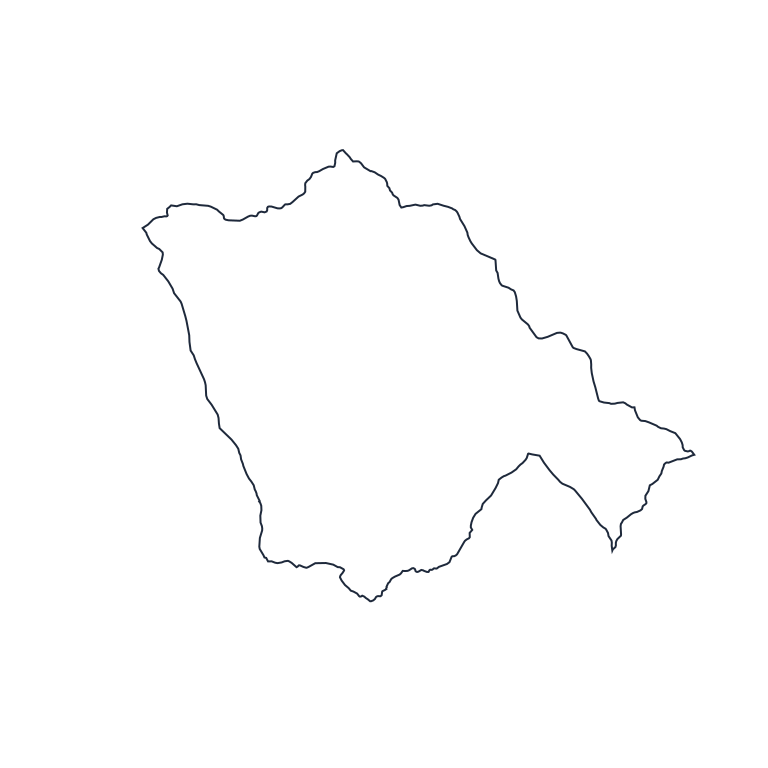 La Merced, Caldas, Colombia (Albers equal-area conic projection), rotated 322°
{"feature_id": "7082276B22025402112041", "entity_name": "La Merced", "entity_type": "district", "adm_level": 2, "iso_a3": "COL", "parent_name": "Colombia", "parent_adm1": "Caldas", "projection": "albers", "projection_center": [-75.549, 5.392], "detail": "fine", "context": "isolated", "style": "outline", "palette": "slate", "viewbox_px": 768, "rotation_deg": 322, "n_neighbors": 0, "source": "geoboundaries", "source_scale": "gbopen_adm2", "svg_char_len": 6166}
<svg xmlns="http://www.w3.org/2000/svg" viewBox="0 0 768 768"><g transform="rotate(322 384 384)"><path d="M584.9,630.8L585.0,626.8L584.5,625.3L584.1,624.9L583.0,624.7L581.9,624.2L580.0,621.9L579.8,620.9L580.4,617.8L581.7,616.0L582.7,613.4L583.4,609.8L583.3,602.1L580.5,597.3L578.7,593.4L577.2,591.5L575.0,589.4L573.6,586.5L573.2,584.7L569.2,577.4L567.1,574.1L564.1,571.3L563.6,570.1L563.5,566.5L565.6,559.2L567.0,556.6L565.0,555.1L562.7,549.7L562.3,547.8L561.2,545.7L556.4,542.7L553.8,541.6L550.7,539.4L549.8,537.8L545.9,534.0L543.2,530.2L543.1,529.4L543.8,527.3L548.5,516.7L550.7,511.0L554.4,503.4L557.2,498.8L559.3,496.2L561.5,492.9L562.0,491.8L562.5,488.4L562.7,485.1L562.4,482.0L557.2,475.0L555.5,472.2L555.4,471.0L557.6,457.9L557.5,457.2L556.1,454.2L554.8,452.3L553.9,451.6L551.7,450.2L542.0,447.6L536.5,445.4L533.9,443.2L533.0,441.0L533.4,429.3L534.0,427.9L534.1,425.7L532.4,418.0L532.4,415.7L534.3,408.3L539.8,400.3L542.0,396.3L543.6,392.2L543.7,390.0L542.4,387.7L541.4,384.8L537.7,379.3L537.5,378.5L537.5,375.9L538.0,373.9L539.0,371.5L541.9,366.4L542.3,363.6L548.2,354.9L548.2,354.3L540.6,340.6L539.6,335.8L539.7,327.2L540.0,324.6L540.9,320.6L541.7,318.1L542.9,316.0L544.6,309.1L545.5,300.8L546.4,298.6L547.4,294.2L547.5,292.8L547.2,290.8L546.1,288.8L545.8,287.6L543.5,283.8L540.7,280.2L537.2,275.0L533.1,272.6L531.5,272.5L529.4,271.4L525.8,267.8L524.4,267.3L522.3,265.9L519.3,262.1L518.4,261.6L513.9,259.4L511.4,257.7L508.0,256.5L506.3,255.6L506.5,252.6L508.9,247.8L509.0,247.0L509.1,245.6L507.6,241.1L507.7,239.7L508.2,238.2L507.9,235.2L508.8,233.0L508.6,229.9L509.9,228.0L510.5,226.6L511.2,223.0L510.9,221.5L509.7,218.2L508.3,215.4L507.0,211.4L505.1,208.4L504.4,208.0L501.7,201.0L501.8,196.0L501.3,193.6L500.9,192.9L499.6,191.7L496.6,189.6L496.4,186.2L496.6,184.1L496.2,179.9L496.0,178.9L495.7,174.5L494.6,173.8L492.4,173.2L488.8,173.1L483.2,177.7L481.7,179.7L479.0,181.9L477.6,181.7L475.7,179.7L474.1,178.6L468.2,177.0L463.9,176.4L461.8,175.8L460.2,174.7L458.2,174.0L457.0,174.1L453.9,175.9L451.4,176.6L448.8,176.5L445.6,177.3L444.3,178.7L443.5,180.0L440.3,184.0L438.3,184.6L436.5,184.6L432.1,183.7L424.0,184.3L421.0,184.3L418.5,183.0L417.2,181.9L416.4,181.6L412.7,182.2L411.4,182.2L410.2,181.6L408.3,180.1L404.6,174.9L402.7,173.3L401.6,172.9L400.3,173.4L399.0,175.1L397.7,175.8L395.6,175.2L393.4,172.6L392.6,172.3L391.2,171.9L390.1,171.9L387.7,173.0L386.8,173.1L385.7,172.5L383.6,170.0L382.1,169.0L380.0,168.4L374.0,167.5L370.9,166.6L362.3,159.3L360.5,157.2L359.9,155.9L360.0,154.8L361.1,153.0L361.4,151.9L360.1,146.3L359.8,143.9L356.7,137.6L355.1,135.3L348.6,129.3L346.7,126.8L344.2,124.9L340.1,120.9L335.8,118.3L330.2,116.4L326.2,112.2L323.7,112.5L321.0,112.5L318.5,115.3L317.3,118.0L316.5,118.2L315.6,117.9L314.3,116.7L311.3,115.3L310.3,114.4L306.7,112.8L303.7,112.2L296.1,113.1L289.8,112.5L289.8,118.5L289.1,120.1L287.6,127.3L287.6,130.3L288.9,137.1L290.0,139.2L290.6,144.0L289.4,145.9L285.4,149.3L278.5,153.7L277.2,154.3L276.3,156.4L276.4,159.4L277.2,162.1L277.2,170.3L276.1,178.7L274.5,183.2L274.5,193.8L273.9,196.2L269.1,208.4L267.2,212.7L263.3,220.3L260.5,225.7L256.6,231.1L252.2,238.6L251.7,244.3L250.3,248.1L249.1,252.4L245.1,269.5L244.0,272.5L242.7,275.2L236.7,283.7L235.5,287.0L235.4,294.2L234.1,305.7L232.7,308.9L229.6,313.5L227.3,317.6L229.6,333.9L229.7,341.2L229.3,345.3L227.5,349.2L227.0,351.9L225.0,355.4L223.6,360.1L222.7,362.0L220.3,370.3L219.4,375.4L219.4,379.1L219.0,383.6L217.2,387.6L216.9,389.4L216.2,391.7L215.3,393.3L214.0,399.7L213.3,399.7L213.2,401.8L212.3,404.4L209.7,408.0L205.5,411.6L201.4,417.2L200.3,420.8L199.1,422.9L197.8,424.4L191.4,428.9L185.6,435.4L184.5,437.5L183.6,444.8L183.0,447.1L184.1,448.5L183.4,452.4L186.3,454.6L188.2,457.8L189.8,459.6L193.5,461.6L196.5,462.5L199.4,464.2L200.1,465.4L201.1,468.1L202.3,474.5L203.4,474.7L205.3,474.5L206.1,475.2L207.9,478.6L209.5,480.8L210.0,481.2L211.8,481.7L219.5,482.9L228.0,489.3L232.8,495.1L234.8,499.8L236.5,501.3L238.1,505.1L237.9,506.2L237.2,506.6L234.9,507.4L232.4,507.9L231.1,508.5L230.3,509.2L229.6,512.8L229.5,518.4L230.5,523.2L230.6,526.4L232.1,528.7L233.8,532.6L233.8,535.9L234.1,536.7L235.1,537.3L236.5,537.4L237.6,539.5L237.9,541.4L238.7,543.7L239.3,546.6L240.0,547.2L242.3,547.9L244.6,547.8L246.4,547.0L247.5,547.0L248.6,547.4L250.6,549.1L252.1,549.0L254.6,546.6L255.2,546.3L257.9,546.9L259.5,547.0L259.5,546.6L261.1,545.8L261.2,545.3L264.1,543.8L264.8,543.5L266.4,543.5L269.5,542.2L271.0,542.1L274.0,542.5L279.0,543.8L280.7,543.7L283.7,542.8L285.5,544.4L287.6,545.8L289.0,546.2L292.6,546.5L293.8,547.2L294.4,548.6L294.3,549.4L293.7,550.7L293.8,551.5L294.1,552.2L294.7,552.7L295.7,553.1L298.9,553.5L300.1,554.9L300.5,555.9L302.1,558.5L303.4,559.5L305.3,558.7L306.1,558.8L307.1,559.8L308.0,560.1L309.6,560.0L310.0,560.1L311.5,561.6L312.1,561.9L314.7,561.9L322.8,564.6L325.9,564.7L330.9,561.8L331.8,561.8L333.3,562.9L335.0,563.3L336.7,563.2L350.0,557.8L351.3,557.4L353.5,557.4L356.0,557.9L357.3,557.5L359.8,554.1L363.7,553.3L364.1,550.5L365.2,549.1L367.9,546.8L371.9,544.3L376.2,542.7L383.7,542.6L385.0,541.4L388.0,539.3L392.7,538.5L399.7,537.8L407.8,534.7L412.8,532.3L415.5,530.1L419.1,530.1L421.7,530.4L423.3,531.0L430.0,532.3L435.7,532.6L439.3,531.8L441.9,531.5L444.5,531.6L448.9,530.9L450.9,530.2L454.6,527.7L455.1,527.8L457.5,530.8L462.5,536.3L461.6,544.5L461.4,553.8L461.6,559.5L462.4,566.8L462.5,569.5L463.2,572.4L467.2,579.6L468.8,583.8L469.0,585.6L469.3,596.3L468.9,609.8L468.4,612.7L468.0,620.8L467.7,621.9L467.7,628.2L468.5,632.0L469.5,634.5L469.4,635.8L468.8,639.3L467.3,642.1L466.9,647.4L465.9,649.2L463.8,651.7L461.4,655.8L462.5,655.2L465.9,655.0L466.3,654.7L467.3,654.0L468.9,651.9L470.3,650.8L472.4,649.9L477.3,649.4L478.2,648.5L482.9,641.7L484.6,640.1L486.2,639.6L488.8,638.4L493.1,638.8L498.5,638.7L500.8,639.0L502.5,639.5L504.6,640.6L508.3,641.5L510.4,641.4L512.5,639.7L513.7,639.5L516.1,639.7L517.3,639.5L518.1,638.6L519.2,635.4L521.2,633.0L526.4,631.2L531.1,627.5L533.9,628.0L540.7,628.0L544.2,626.3L547.4,625.3L549.4,623.6L553.4,621.3L555.1,619.9L556.2,619.7L557.8,619.7L558.5,619.9L559.8,621.2L568.7,623.9L571.6,626.1L573.7,626.8L575.7,628.0L578.1,628.9L582.7,629.9L584.9,630.8Z" fill="none" stroke="#1e293b" stroke-width="2"/></g></svg>